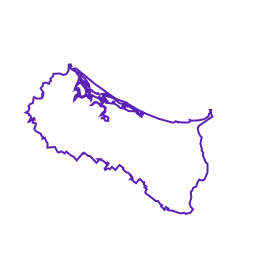 Gold Coast, Queensland, Australia (Albers equal-area conic projection), rotated 300°
{"feature_id": "25037944B76061046607907", "entity_name": "Gold Coast", "entity_type": "district", "adm_level": 2, "iso_a3": "AUS", "parent_name": "Australia", "parent_adm1": "Queensland", "projection": "albers", "projection_center": [153.388, -27.978], "detail": "fine", "context": "isolated", "style": "outline", "palette": "violet", "viewbox_px": 256, "rotation_deg": 300, "n_neighbors": 0, "source": "geoboundaries", "source_scale": "gbopen_adm2", "svg_char_len": 5762}
<svg xmlns="http://www.w3.org/2000/svg" viewBox="0 0 256 256"><g transform="rotate(300 128 128)"><path d="M185.3,190.9L184.6,189.9L182.7,191.8L180.7,191.0L178.5,191.9L174.0,189.8L169.3,184.5L166.3,179.6L165.8,177.4L164.7,178.5L163.1,177.7L160.1,172.6L158.1,167.9L158.4,167.2L157.9,167.7L157.8,166.0L156.1,165.4L154.9,163.6L151.4,150.0L149.3,136.2L148.7,126.5L149.0,114.6L149.7,114.3L148.6,114.3L150.0,113.3L147.1,114.1L146.3,115.3L146.3,118.0L146.5,115.4L147.3,115.8L147.0,122.1L147.7,123.7L146.9,123.9L146.8,125.0L147.8,125.0L148.0,125.8L147.0,125.8L147.6,126.3L146.3,128.0L147.2,129.6L145.8,128.7L145.5,130.1L146.4,132.5L147.6,131.5L148.3,131.8L147.1,132.9L147.7,134.8L146.2,133.1L145.1,133.4L145.9,132.9L145.4,132.2L144.4,135.1L144.5,132.0L145.1,131.3L144.8,129.0L146.3,126.5L143.0,120.0L143.0,115.9L141.4,110.1L142.1,109.2L142.3,104.4L138.8,96.1L140.1,92.0L137.1,93.8L133.7,92.6L133.4,93.9L135.0,95.4L134.6,98.3L130.5,100.4L127.5,99.2L126.9,101.3L127.3,105.4L126.5,106.3L124.6,106.3L124.6,107.9L122.9,104.8L124.5,102.0L122.7,99.7L125.6,102.1L127.2,98.4L126.1,98.6L125.3,98.0L127.0,98.1L131.4,99.3L134.1,97.7L134.4,95.9L133.1,93.9L134.4,90.4L134.4,87.9L132.8,86.2L130.4,85.7L129.8,84.9L133.8,86.2L134.6,87.8L134.6,91.9L135.3,92.6L138.2,92.6L139.0,90.7L137.2,91.4L140.5,89.2L139.4,87.0L139.2,88.7L138.9,89.1L138.6,89.3L139.1,88.1L138.8,86.2L138.0,86.3L138.9,86.2L138.3,81.2L135.6,81.3L135.3,81.1L135.0,80.5L134.4,82.0L133.7,82.1L134.4,81.4L134.1,78.9L135.7,76.8L134.4,75.4L134.2,74.7L131.2,73.0L130.5,68.2L129.3,67.0L128.5,67.7L126.5,68.1L124.9,67.6L126.8,66.8L129.9,66.3L131.1,66.8L130.5,67.6L131.5,67.2L132.0,67.6L132.5,68.4L132.9,67.5L133.2,67.3L134.4,68.0L135.0,66.1L136.0,66.4L137.4,65.5L134.5,63.0L135.2,62.3L142.2,61.5L142.7,61.7L147.9,60.3L150.6,55.0L150.6,50.2L151.7,45.8L147.8,47.9L143.6,47.6L141.6,45.4L141.1,41.7L137.7,36.4L135.4,37.1L131.5,36.2L130.4,37.8L128.8,37.0L126.9,37.7L125.9,33.5L124.4,32.1L122.1,33.1L118.7,32.5L116.2,37.3L112.7,38.5L111.1,38.6L109.8,37.6L107.8,34.1L107.7,31.0L102.0,33.1L99.8,31.3L96.9,31.0L96.2,32.6L92.9,33.2L90.3,31.7L90.8,35.0L89.6,35.9L90.0,37.5L88.3,38.9L83.8,38.9L84.6,39.9L89.1,41.1L89.7,41.8L88.6,43.0L87.9,41.7L84.9,42.9L85.9,45.5L85.5,46.3L80.4,47.3L79.2,49.7L79.4,55.5L78.0,56.7L78.0,58.5L75.9,59.3L77.9,60.9L75.4,63.8L74.7,65.9L70.7,68.0L75.0,74.2L71.9,79.3L72.8,81.0L74.3,81.6L74.4,85.9L76.7,86.3L75.7,92.6L76.0,95.1L74.3,99.8L83.7,101.5L83.6,102.2L84.7,102.4L83.9,107.5L84.8,108.9L82.1,118.1L85.8,118.8L86.0,117.5L87.6,120.4L86.6,121.1L87.3,122.7L86.1,127.3L87.9,127.6L87.6,129.1L81.2,128.0L80.4,129.1L82.5,130.5L83.5,131.9L83.3,132.9L86.3,133.4L85.4,138.1L91.7,139.1L91.0,144.1L89.9,144.0L88.7,148.7L89.3,150.3L88.7,153.9L88.0,153.8L87.7,156.0L84.9,155.6L86.2,157.3L85.0,157.5L84.2,162.5L89.0,163.3L89.0,164.0L89.9,164.2L88.4,168.2L89.1,169.1L87.0,170.1L86.5,173.0L84.9,172.0L84.4,175.0L82.0,174.7L80.4,175.6L78.7,188.6L79.8,190.6L78.1,194.1L78.2,196.1L76.7,195.9L75.4,200.5L78.3,200.2L78.5,203.2L76.9,202.9L77.0,204.3L78.7,208.0L80.1,215.8L82.7,219.2L82.6,221.1L85.8,224.4L90.1,225.0L91.1,221.8L93.4,219.0L99.3,217.7L104.0,214.3L106.1,214.9L108.9,214.4L111.5,216.4L113.7,215.6L118.9,215.4L119.6,218.6L121.7,220.0L129.4,219.0L136.8,214.7L137.2,212.4L141.6,206.7L144.3,205.5L145.2,203.1L147.1,202.2L150.5,198.6L156.9,196.4L157.3,194.5L159.8,190.9L162.8,188.4L165.5,188.4L180.1,195.4L182.1,192.5L185.3,190.9ZM145.7,95.6L146.5,100.9L145.2,108.3L146.6,112.3L148.9,112.8L147.4,104.8L147.4,100.3L149.5,78.1L153.5,53.5L153.1,52.0L151.8,51.0L150.7,55.6L151.7,58.2L149.8,62.0L149.1,66.3L146.5,72.1L142.6,75.3L142.4,78.7L141.8,79.1L142.2,83.3L143.2,84.8L142.6,85.2L142.7,86.9L145.4,89.6L146.9,92.5L146.7,94.8L145.7,95.6ZM135.7,62.8L136.6,63.1L135.0,63.0L137.6,64.7L137.5,65.7L135.9,67.7L135.0,67.6L134.4,68.9L132.3,70.2L131.9,71.5L132.9,73.6L135.1,74.5L138.4,73.9L140.8,71.5L143.4,64.5L143.2,63.7L141.1,63.0L141.5,62.1L141.4,62.6L142.6,62.9L141.8,61.8L135.7,62.8ZM142.8,90.6L139.9,90.8L140.9,92.1L140.2,95.3L141.6,95.2L143.0,92.0L142.8,90.6ZM137.7,74.3L134.6,75.4L135.7,75.9L136.5,77.6L137.8,77.1L138.9,77.4L139.1,75.2L137.7,74.3ZM138.6,81.1L138.2,78.4L136.9,79.8L135.0,78.3L134.5,79.9L134.7,80.5L134.9,80.6L135.0,80.4L135.2,80.5L135.6,81.3L138.6,81.1ZM144.7,63.7L144.7,66.0L147.3,63.0L147.3,62.1L146.7,61.8L144.7,63.7ZM144.1,70.9L146.5,67.0L146.5,65.6L144.0,68.9L144.1,70.9ZM139.7,73.5L140.5,74.8L142.3,70.8L139.7,73.5ZM152.0,47.4L153.3,48.1L154.5,46.6L153.5,45.4L152.0,47.4ZM131.9,68.3L131.0,68.1L131.9,70.1L134.3,68.2L133.2,67.4L132.5,68.5L131.2,67.4L131.9,68.3ZM144.6,90.9L145.2,95.2L146.4,94.3L144.6,90.9ZM145.5,115.0L145.6,112.1L143.3,112.1L144.1,112.4L144.7,115.0L145.5,115.0ZM134.9,78.0L136.8,79.0L137.5,78.4L135.9,77.3L134.9,78.0ZM143.7,104.0L143.7,102.1L142.7,101.0L143.7,104.0ZM143.9,72.0L145.6,71.2L145.1,70.1L144.0,71.1L143.9,72.0ZM140.2,97.3L141.0,96.9L140.1,95.8L139.6,96.5L140.2,97.3ZM126.9,66.9L128.3,67.6L128.9,67.0L126.9,66.9ZM110.5,37.9L112.3,38.4L112.8,38.1L110.5,37.9ZM135.1,67.3L136.0,67.1L135.2,66.2L135.1,67.3ZM151.1,57.8L150.7,57.0L150.0,57.8L151.1,57.8ZM139.9,87.2L140.3,88.2L140.8,88.9L140.6,87.6L139.9,87.2ZM146.2,70.4L146.6,69.6L146.5,69.0L146.0,69.5L146.2,70.4ZM140.4,76.9L141.1,76.6L140.5,76.0L140.2,76.2L140.4,76.9ZM115.6,36.4L113.7,36.9L113.2,37.2L114.9,36.9L115.6,36.4ZM138.2,77.6L137.4,77.7L137.7,78.1L138.2,77.6ZM148.9,60.6L148.8,61.6L149.2,61.0L148.9,60.6ZM139.5,77.2L140.2,77.1L139.6,76.7L139.5,77.2ZM142.7,85.0L142.7,84.1L142.4,83.9L142.7,85.0ZM144.6,66.3L144.7,66.9L145.0,66.4L144.6,66.3ZM144.4,67.1L144.5,67.6L144.8,67.0L144.4,67.1ZM140.9,74.7L141.2,74.5L141.2,73.9L140.9,74.7ZM142.0,83.9L142.3,84.6L142.1,83.8L142.0,83.9ZM144.7,90.1L144.4,90.1L144.6,90.5L144.7,90.1ZM142.7,71.7L143.0,71.2L142.9,71.0L142.7,71.7Z" fill="none" stroke="#5b21b6" stroke-width="2"/></g></svg>